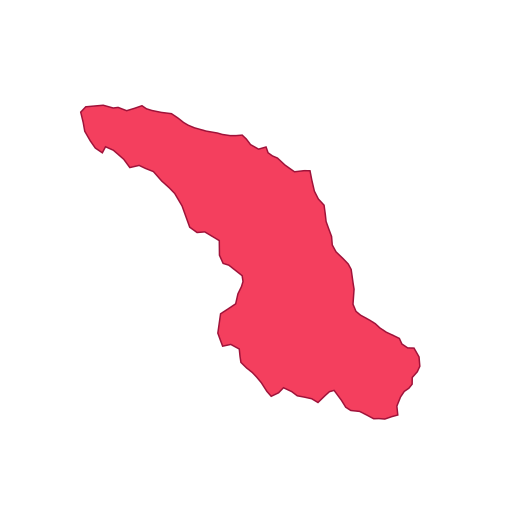 outline of Águas da Prata, São Paulo, Brazil, rotated 161°
{"feature_id": "56859067B56146579756473", "entity_name": "Águas da Prata", "entity_type": "district", "adm_level": 2, "iso_a3": "BRA", "parent_name": "Brazil", "parent_adm1": "São Paulo", "projection": "natural_earth1", "projection_center": [-46.689, -21.918], "detail": "fine", "context": "isolated", "style": "filled", "palette": "rose", "viewbox_px": 512, "rotation_deg": 161, "n_neighbors": 0, "source": "geoboundaries", "source_scale": "gbopen_adm2", "svg_char_len": 1748}
<svg xmlns="http://www.w3.org/2000/svg" viewBox="0 0 512 512"><g transform="rotate(161 256 256)"><path d="M367.7,403.6L362.7,408.3L356.4,402.4L349.6,390.6L346.5,380.7L337.0,379.7L332.0,374.8L325.5,369.2L320.7,357.5L315.8,348.7L312.5,341.6L309.6,327.4L309.3,304.8L304.1,297.4L296.6,295.5L285.7,282.5L290.3,268.6L289.5,259.7L284.7,256.2L275.5,241.9L276.6,236.1L279.7,231.8L285.4,226.1L290.8,217.4L301.1,214.7L308.3,212.9L317.2,195.5L317.1,188.4L316.9,181.6L308.6,180.6L302.1,173.5L303.8,166.2L304.9,160.3L301.3,153.1L297.4,147.0L294.8,141.3L292.2,134.4L289.8,124.5L287.3,118.4L279.2,119.3L272.9,122.5L266.4,116.2L262.5,110.4L256.0,106.7L249.8,102.9L245.1,97.3L235.7,101.7L230.7,103.8L225.9,103.5L222.2,91.8L220.4,83.8L216.7,79.1L208.6,75.3L202.7,69.2L197.7,63.8L192.8,62.3L187.3,59.9L180.0,59.9L173.7,59.5L171.7,68.2L165.2,75.7L159.9,79.7L154.5,81.2L150.1,84.0L147.8,90.3L141.2,94.0L137.0,98.4L134.7,107.5L136.6,117.5L142.5,119.7L146.7,125.3L147.3,131.4L151.7,135.8L157.7,141.6L162.4,147.8L165.2,153.1L169.4,158.3L176.4,166.0L179.5,171.1L180.0,178.8L174.1,192.7L173.0,198.9L170.4,212.3L171.4,218.4L174.3,224.7L179.0,233.9L180.3,241.6L178.2,249.8L178.4,258.0L178.5,265.8L176.9,272.9L175.1,281.9L178.5,289.6L179.7,298.3L178.5,309.8L177.2,319.0L182.7,321.0L192.2,323.1L199.1,332.7L203.8,341.6L207.9,345.3L211.0,349.7L211.0,355.8L218.8,356.2L224.9,363.1L227.1,369.8L229.7,374.8L236.0,376.4L241.2,378.2L248.3,381.9L252.4,384.8L262.6,390.4L272.7,397.4L277.6,401.8L281.0,405.8L284.7,411.6L289.6,418.1L298.6,422.5L307.1,427.5L311.7,430.9L314.9,435.2L322.9,435.2L331.0,435.5L338.0,441.4L342.8,442.4L351.4,448.3L368.4,452.5L374.9,449.1L375.9,438.6L377.3,429.7L375.2,418.8L372.8,410.4L367.7,403.6Z" fill="#f43f5e" stroke="#9f1239" stroke-width="1.5"/></g></svg>